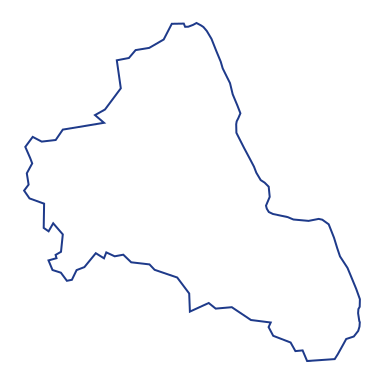 outline of Pehchevo, Pehčevo, North Macedonia
{"feature_id": "65306769B44883072269450", "entity_name": "Pehchevo", "entity_type": "district", "adm_level": 2, "iso_a3": "MKD", "parent_name": "North Macedonia", "parent_adm1": "Pehčevo", "projection": "mercator", "projection_center": [22.916, 41.784], "detail": "fine", "context": "isolated", "style": "outline", "palette": "blue", "viewbox_px": 384, "rotation_deg": 0, "n_neighbors": 0, "source": "geoboundaries", "source_scale": "gbopen_adm2", "svg_char_len": 1505}
<svg xmlns="http://www.w3.org/2000/svg" viewBox="0 0 384 384"><path d="M334.7,359.1L337.8,354.2L343.7,343.6L346.2,339.0L353.8,336.5L358.2,330.9L359.5,326.6L359.8,322.2L359.3,321.1L358.1,313.2L358.4,309.1L359.7,306.8L359.9,299.2L356.2,288.9L350.8,275.8L347.5,267.9L340.0,256.4L337.2,248.1L334.0,237.7L328.7,224.3L322.3,219.7L318.7,218.9L308.5,220.9L307.7,220.8L293.4,219.5L287.7,217.1L273.0,214.0L268.8,212.0L266.8,208.7L266.0,205.7L269.7,196.9L268.7,186.7L264.6,182.6L260.7,180.1L256.3,172.7L254.0,166.7L249.8,158.7L244.2,148.2L238.1,136.2L236.4,132.8L236.2,124.2L236.7,121.3L238.3,118.2L240.4,113.3L237.5,105.8L232.7,94.3L230.0,83.1L227.1,77.3L222.7,68.4L220.7,61.6L216.3,51.0L211.5,38.9L206.8,31.0L203.4,27.0L201.0,25.4L196.5,23.0L193.0,24.9L188.3,26.7L185.1,26.8L183.8,23.6L171.8,23.8L163.7,39.5L149.2,47.9L135.6,50.1L128.9,58.0L116.8,60.3L120.8,88.3L105.0,109.5L95.0,115.1L104.0,122.8L62.8,129.6L55.7,140.0L41.7,141.6L32.7,136.9L25.3,146.9L30.2,158.1L32.2,163.4L26.8,173.3L28.6,184.6L24.1,190.6L29.5,198.4L44.1,203.7L43.7,227.9L48.6,231.3L53.2,223.3L62.8,234.4L61.0,251.8L55.6,254.9L56.5,258.2L48.5,260.4L52.5,270.0L60.9,272.7L66.9,280.8L71.9,279.8L76.6,270.1L84.4,267.1L95.8,253.2L104.0,258.3L106.3,252.4L114.7,256.3L123.3,254.7L131.2,262.3L149.5,264.4L154.6,269.8L177.2,277.5L189.2,293.5L189.9,311.6L208.7,303.0L215.7,308.6L231.8,307.2L250.9,320.0L270.7,322.5L268.6,327.1L273.2,335.8L290.6,342.5L295.4,351.1L302.6,350.4L307.1,361.0L334.7,359.1Z" fill="none" stroke="#1e3a8a" stroke-width="2"/></svg>